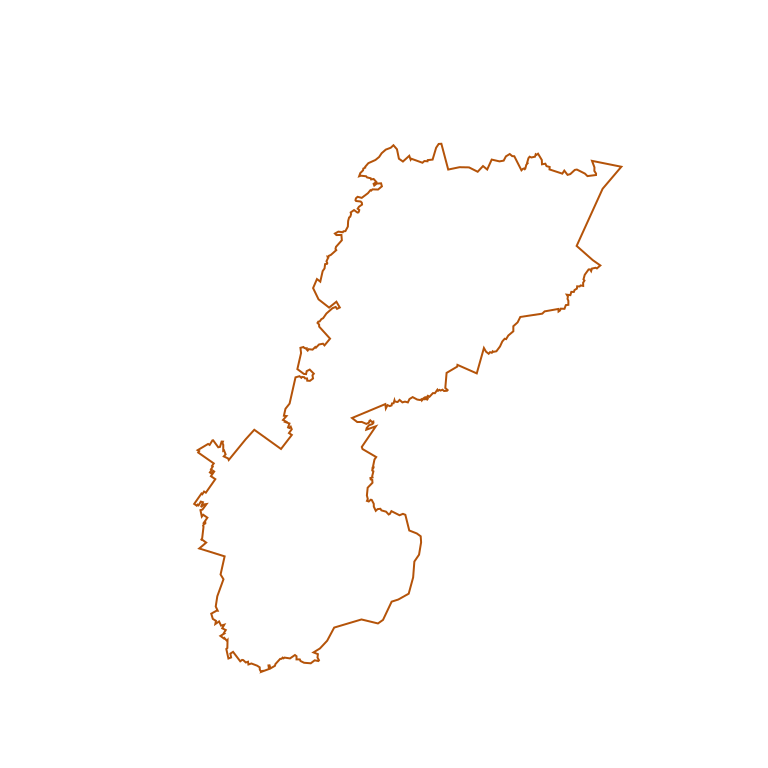 Mocorito, Sinaloa, Mexico (Equal Earth projection), rotated 35°
{"feature_id": "50627088B38309476572974", "entity_name": "Mocorito", "entity_type": "district", "adm_level": 2, "iso_a3": "MEX", "parent_name": "Mexico", "parent_adm1": "Sinaloa", "projection": "equal_earth", "projection_center": [-107.794, 25.364], "detail": "fine", "context": "isolated", "style": "outline", "palette": "amber", "viewbox_px": 768, "rotation_deg": 35, "n_neighbors": 0, "source": "geoboundaries", "source_scale": "gbopen_adm2", "svg_char_len": 6154}
<svg xmlns="http://www.w3.org/2000/svg" viewBox="0 0 768 768"><g transform="rotate(35 384 384)"><path d="M323.7,617.0L324.1,615.8L329.3,615.9L327.0,624.7L352.3,616.6L359.4,633.8L364.5,636.0L369.2,653.5L373.8,662.8L377.8,665.1L376.9,665.7L374.2,671.2L378.5,674.6L382.2,674.4L383.5,677.3L385.1,673.1L389.1,675.4L391.2,672.8L391.6,676.9L395.5,676.3L395.7,680.2L396.3,680.1L394.5,684.2L399.0,684.3L399.0,683.6L402.6,684.5L402.7,683.5L407.1,690.1L406.8,691.5L414.0,698.1L415.6,695.7L412.8,693.0L414.0,690.0L425.3,693.6L426.0,691.4L427.1,690.9L430.5,691.4L431.9,689.5L433.8,691.5L435.7,689.0L441.6,687.5L444.7,687.4L446.1,689.2L447.8,690.0L448.6,689.2L448.7,690.0L453.3,683.4L450.8,680.8L451.6,680.1L454.1,682.1L456.3,677.4L455.7,675.7L456.6,668.7L457.7,667.9L457.9,666.3L459.1,666.3L459.4,665.2L464.4,662.7L466.5,657.1L468.5,657.2L470.3,659.8L473.0,657.9L474.5,658.8L478.4,658.2L484.2,654.8L485.7,650.1L489.1,648.6L489.2,647.6L486.4,646.2L484.8,643.2L480.2,644.3L483.2,637.4L484.7,626.9L482.9,612.1L500.6,589.8L516.4,583.6L518.5,577.8L515.1,557.9L519.3,552.4L524.5,541.6L518.8,525.7L510.7,512.0L510.6,503.7L505.2,492.4L501.4,487.7L496.6,487.6L488.7,489.5L476.5,478.9L474.0,479.5L472.0,482.6L463.0,483.9L463.3,487.0L462.7,488.2L458.9,487.4L454.4,489.0L452.6,488.3L450.5,490.2L450.0,492.6L446.0,490.3L444.3,488.0L440.4,486.0L439.5,486.4L438.9,489.0L437.1,489.5L436.7,487.5L433.9,485.1L430.1,478.3L431.2,471.5L429.4,469.3L427.8,469.8L426.8,468.8L428.2,467.1L427.2,466.3L425.4,461.6L424.0,461.6L422.8,459.4L423.5,459.2L423.2,458.0L422.2,457.6L419.5,451.3L419.5,448.3L403.7,449.6L401.9,448.3L401.6,423.3L395.7,431.6L395.1,430.1L395.3,426.5L397.5,423.4L397.6,421.8L396.8,420.9L396.1,422.0L393.9,421.7L394.5,423.1L393.9,422.2L393.3,422.6L393.8,424.4L392.4,426.8L387.6,427.8L383.9,430.5L377.3,430.2L396.6,399.7L399.5,402.9L399.0,399.3L401.4,398.8L402.5,397.2L401.7,395.4L402.9,394.3L401.9,391.3L402.9,392.1L404.8,391.3L405.5,390.9L405.9,388.1L409.6,388.5L411.3,386.4L414.1,385.4L413.5,381.7L415.0,378.3L420.1,377.7L422.8,376.4L423.6,374.7L424.5,375.6L424.8,373.7L425.7,373.2L424.8,372.3L425.2,371.5L426.4,372.6L426.9,371.2L427.3,372.1L428.3,372.0L428.3,370.8L427.4,370.0L426.6,370.5L426.7,368.5L428.6,368.4L429.3,363.4L431.0,362.3L431.0,358.0L432.2,358.5L432.8,357.0L434.1,356.9L435.2,355.1L437.2,355.3L439.5,353.4L439.6,352.5L436.5,352.1L428.9,339.0L434.0,327.8L433.2,326.2L453.9,322.1L445.2,297.2L449.0,299.0L452.4,299.2L452.6,297.1L454.4,296.6L454.3,294.9L455.1,295.0L457.3,292.7L457.5,286.7L456.5,281.3L456.9,277.7L458.3,277.2L458.0,273.0L459.7,266.6L456.8,262.5L458.1,256.9L457.2,250.9L473.3,235.6L473.9,232.4L483.8,222.5L485.4,224.5L486.0,222.9L485.6,220.9L488.7,218.9L487.7,215.1L489.6,213.4L487.3,210.1L485.5,209.0L484.5,206.9L482.5,206.0L485.7,204.3L484.6,201.1L486.7,199.7L486.2,197.7L487.3,195.2L486.2,193.2L488.3,191.9L488.5,190.5L490.9,189.4L489.0,186.8L488.9,184.3L487.4,183.9L485.8,179.4L485.9,172.8L487.1,171.9L488.9,172.7L488.1,170.2L490.7,167.4L492.1,167.2L493.2,162.8L484.0,162.8L462.6,160.4L451.1,98.7L453.8,69.9L426.4,81.9L432.1,85.8L434.1,88.8L437.0,90.0L437.8,91.2L431.4,97.0L427.9,96.4L419.0,97.7L417.5,99.2L416.2,105.2L414.4,107.4L409.3,105.8L409.4,109.4L396.5,113.3L395.2,111.2L392.2,112.3L389.8,111.0L387.4,113.4L384.8,110.0L378.1,107.0L377.5,108.8L376.5,108.8L377.3,111.2L374.8,113.9L372.9,114.3L372.8,116.2L374.4,120.8L375.0,120.8L374.8,122.8L376.2,126.5L376.1,127.3L375.1,127.1L374.3,128.3L374.0,130.1L360.1,122.7L358.3,123.8L355.1,123.5L353.3,127.6L353.9,132.4L350.9,135.4L343.5,138.4L345.5,149.1L340.1,148.7L339.0,156.4L329.4,157.8L321.5,163.1L313.6,171.5L293.2,154.3L291.1,156.0L291.2,160.6L295.1,172.3L291.4,175.5L291.9,176.6L289.2,178.2L288.6,180.7L277.2,183.8L277.2,185.0L273.8,182.6L271.9,190.9L267.0,190.9L260.0,184.3L254.8,183.0L254.0,186.6L251.0,191.0L249.7,196.3L249.8,200.8L248.5,205.4L244.5,212.1L244.0,216.9L244.5,217.5L243.5,219.4L244.3,221.0L243.6,224.8L244.5,228.1L245.6,226.6L250.2,224.1L251.6,224.5L255.1,223.1L256.1,223.8L257.9,222.0L261.8,222.9L260.7,226.0L262.2,227.0L263.1,224.0L266.5,221.3L268.9,223.3L267.6,228.1L262.9,231.2L262.6,232.9L261.7,233.0L261.4,236.9L259.0,244.3L255.0,245.8L254.5,248.0L255.2,249.8L256.2,250.1L260.2,247.9L261.8,248.2L263.1,249.6L261.8,253.2L261.9,255.5L263.9,255.6L264.4,256.7L264.6,258.1L263.9,258.8L259.7,258.7L258.3,262.6L259.6,263.7L260.4,266.3L259.9,267.6L261.1,271.0L264.1,275.8L264.7,280.9L263.2,282.2L263.2,283.3L259.2,285.4L257.5,288.9L259.6,289.3L263.6,286.3L267.0,290.4L266.0,299.2L266.8,301.2L268.1,301.7L266.4,308.8L265.2,310.8L265.7,312.0L264.9,312.2L265.9,313.0L266.5,316.5L268.2,317.5L268.4,318.2L267.0,319.6L269.0,323.4L269.0,326.7L273.1,336.7L268.9,336.5L270.9,346.1L281.8,352.2L295.2,352.9L297.8,343.9L303.9,346.7L302.4,349.4L300.2,348.6L298.3,351.5L296.4,359.3L296.4,365.0L295.5,366.8L295.4,369.7L294.4,370.6L294.5,372.1L296.7,372.5L298.0,374.2L313.8,377.8L313.1,386.5L310.9,386.0L308.1,388.9L307.4,393.3L306.5,393.1L305.8,396.8L302.3,398.7L302.3,400.4L300.5,400.0L300.2,399.1L298.2,400.2L296.8,399.9L294.8,402.3L298.3,406.2L304.5,421.5L312.6,421.7L314.5,420.6L313.3,417.8L314.9,414.8L320.6,415.8L320.4,417.9L322.7,420.2L321.5,423.9L319.2,425.3L317.8,423.6L316.1,424.7L314.8,424.2L312.8,425.2L312.7,426.3L310.3,426.1L307.7,429.3L317.9,454.2L317.5,460.8L320.2,467.4L322.5,466.2L321.9,471.4L325.4,471.0L325.1,471.7L329.2,470.6L330.3,474.6L331.8,474.3L332.1,472.5L334.4,474.0L334.3,478.7L337.7,478.6L336.9,496.3L304.0,495.9L302.4,508.5L300.4,535.3L299.0,534.4L294.3,535.2L294.6,532.5L291.0,530.1L290.6,530.9L287.2,526.0L285.5,525.0L285.1,523.6L284.0,524.3L285.7,529.6L284.5,530.9L276.3,528.1L275.8,528.6L276.1,533.9L274.3,534.0L269.3,545.1L271.1,545.0L271.1,546.7L290.1,546.7L290.1,549.8L291.1,549.9L291.2,553.1L292.1,553.1L292.1,556.3L294.2,556.3L294.2,553.1L295.1,553.1L295.1,558.8L300.4,558.7L300.4,575.2L298.3,575.3L298.4,578.5L297.3,578.4L297.3,591.1L300.4,591.1L300.4,589.8L301.7,589.8L301.4,585.4L303.5,584.7L304.7,589.8L305.6,585.9L307.5,584.1L307.3,591.0L306.0,592.6L310.8,597.1L310.9,594.8L316.0,594.8L316.0,600.7L317.0,599.9L317.6,600.7L316.9,602.1L317.1,603.9L318.0,604.4L323.5,614.6L323.7,617.0Z" fill="none" stroke="#b45309" stroke-width="2"/></g></svg>